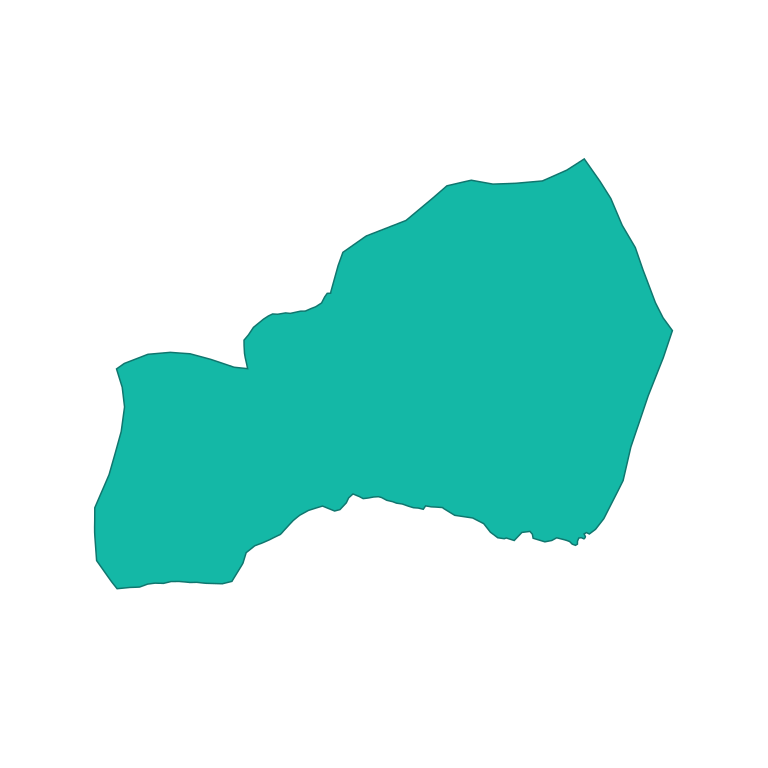 outline of Puncak Jaya, Papua, Indonesia, rotated 107°
{"feature_id": "22746128B50358350022934", "entity_name": "Puncak Jaya", "entity_type": "district", "adm_level": 2, "iso_a3": "IDN", "parent_name": "Indonesia", "parent_adm1": "Papua", "projection": "natural_earth1", "projection_center": [137.994, -3.489], "detail": "fine", "context": "isolated", "style": "filled", "palette": "teal", "viewbox_px": 768, "rotation_deg": 107, "n_neighbors": 0, "source": "geoboundaries", "source_scale": "gbopen_adm2", "svg_char_len": 2907}
<svg xmlns="http://www.w3.org/2000/svg" viewBox="0 0 768 768"><g transform="rotate(107 384 384)"><path d="M657.8,579.4L655.1,572.9L652.8,567.4L650.8,561.6L649.6,558.3L647.7,555.8L646.9,554.7L644.5,551.6L642.3,546.8L641.3,544.5L640.4,541.1L639.6,538.4L639.2,536.7L635.9,531.1L635.2,530.0L634.6,528.0L634.1,526.4L633.5,524.7L632.8,522.4L632.7,522.1L632.5,521.1L631.4,516.0L630.6,512.0L630.6,511.7L629.8,509.3L628.4,505.1L628.3,504.6L627.3,499.2L626.6,495.9L626.0,493.7L625.7,492.6L622.3,480.2L618.3,473.5L617.2,471.7L616.2,471.5L608.1,469.4L600.0,467.3L598.4,466.9L597.0,466.6L596.6,466.5L595.8,466.5L594.9,466.5L594.3,466.5L588.4,466.5L586.5,466.5L585.6,466.5L576.5,460.3L574.0,457.1L572.3,454.8L570.2,452.3L566.4,447.9L563.3,444.7L558.1,439.1L556.0,438.0L553.5,436.9L549.8,435.1L548.1,434.3L546.8,433.7L541.1,430.9L536.1,427.6L534.0,426.1L529.9,422.1L527.0,419.3L522.3,412.5L518.7,407.1L519.9,394.1L517.0,389.4L509.3,385.6L508.7,385.3L503.2,384.5L498.2,381.5L498.8,375.6L498.8,375.0L499.7,370.4L497.6,365.7L495.1,360.9L493.4,356.4L493.3,353.9L493.3,353.0L494.4,347.4L494.0,341.2L494.3,337.3L493.4,331.4L493.7,325.2L493.7,319.7L492.6,314.9L492.3,309.8L488.4,308.6L487.9,304.9L487.7,303.0L486.4,297.9L485.0,291.7L485.5,291.1L488.9,278.0L488.7,276.7L486.4,261.4L486.2,260.0L488.4,247.8L494.7,238.8L494.7,238.7L497.8,230.2L497.7,229.8L496.8,223.8L495.5,222.0L495.6,213.7L485.6,208.7L482.3,201.3L484.3,198.2L487.9,196.3L487.9,190.1L487.9,184.0L484.6,177.8L480.6,173.9L480.2,166.1L480.2,163.3L480.4,160.4L482.1,157.2L482.3,153.7L480.6,152.2L477.8,153.0L474.4,152.7L473.3,150.5L473.6,147.5L472.3,146.8L471.0,146.8L468.9,148.8L466.9,147.0L467.4,143.8L461.1,139.2L448.5,134.4L439.3,132.8L417.2,128.9L406.4,127.1L372.1,129.5L351.5,128.9L349.6,128.8L318.1,127.9L287.0,125.4L277.4,124.6L255.5,124.0L248.6,123.8L239.1,136.5L226.8,148.3L206.7,163.8L199.4,169.5L180.0,183.6L162.7,202.5L160.0,204.8L140.3,221.3L127.1,236.6L110.2,258.3L126.0,271.7L143.5,291.9L153.5,316.6L156.5,325.2L161.0,338.3L163.6,360.1L166.7,365.6L176.1,381.8L192.4,392.0L221.2,410.8L247.5,444.1L249.2,445.5L270.1,461.8L284.2,462.5L311.1,461.8L312.8,461.6L313.9,464.8L318.1,466.2L324.8,467.4L330.2,472.0L333.1,475.7L337.3,480.6L338.8,485.2L343.9,494.3L344.8,498.9L348.4,506.1L349.6,511.0L352.8,514.5L357.2,518.2L361.7,521.2L368.0,525.4L376.7,528.0L383.0,530.7L388.3,529.0L395.4,526.4L399.4,524.4L405.0,521.2L409.2,518.9L411.8,532.3L411.3,548.9L411.1,556.8L411.3,563.4L411.6,572.2L411.8,578.3L413.7,586.5L414.7,590.9L416.2,597.6L424.6,618.4L425.9,620.1L429.0,624.0L431.5,627.2L434.8,631.4L440.3,638.4L447.8,644.2L462.5,634.2L463.4,633.5L481.8,625.4L491.7,623.8L498.3,622.7L506.4,621.4L529.7,620.8L551.0,620.4L562.9,621.7L575.1,623.1L586.9,624.4L599.2,620.7L605.5,618.9L610.6,617.3L614.9,615.7L621.9,613.0L636.9,607.2L642.1,600.5L648.7,592.0L652.6,586.9L653.4,585.8L655.2,583.2L657.8,579.4Z" fill="#14b8a6" stroke="#0f766e" stroke-width="1.5"/></g></svg>